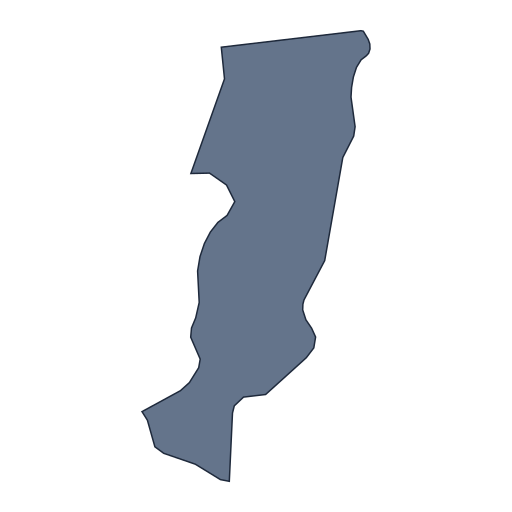 map outline of Prato (orthographic projection)
{"feature_id": "ITA-5385", "entity_name": "Prato", "entity_type": "Province", "adm_level": 1, "iso_a3": "ITA", "parent_name": "Italy", "parent_adm1": "", "projection": "orthographic", "projection_center": [11.096, 43.932], "detail": "fine", "context": "isolated", "style": "filled", "palette": "slate", "viewbox_px": 512, "rotation_deg": 0, "n_neighbors": 0, "source": "natural_earth", "source_scale": "10m", "svg_char_len": 789}
<svg xmlns="http://www.w3.org/2000/svg" viewBox="0 0 512 512"><path d="M363.3,31.2L368.2,39.4L369.8,44.0L370.0,49.0L368.6,53.3L366.4,55.7L361.1,59.8L356.5,67.3L353.4,76.9L351.6,87.3L351.0,97.1L355.1,126.7L353.7,136.1L342.8,157.5L324.7,260.6L304.0,299.9L302.9,304.2L302.7,309.9L305.9,319.8L311.6,328.2L315.6,337.0L313.8,347.9L306.3,357.7L265.6,394.5L243.5,397.1L234.3,405.8L232.5,413.0L229.3,481.3L220.4,479.6L195.3,464.2L163.7,453.3L154.9,446.8L147.4,420.2L142.0,411.6L180.4,390.7L189.4,382.6L198.7,367.7L200.2,359.1L190.7,337.2L191.5,328.0L195.7,317.9L199.2,302.5L197.6,271.0L200.0,256.6L204.4,243.5L210.4,232.0L217.9,222.4L227.1,215.4L234.8,201.6L226.5,185.0L209.5,173.1L190.9,173.5L224.5,78.9L221.3,47.2L360.9,30.7L363.3,31.2Z" fill="#64748b" stroke="#1e293b" stroke-width="1.5"/></svg>